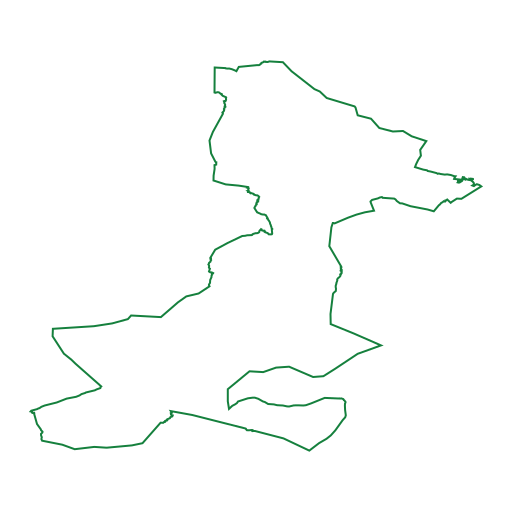 outline of Vågå nor, Oppland, Norway
{"feature_id": "86288312B91782674250169", "entity_name": "Vågå nor", "entity_type": "district", "adm_level": 2, "iso_a3": "NOR", "parent_name": "Norway", "parent_adm1": "Oppland", "projection": "natural_earth1", "projection_center": [9.014, 61.703], "detail": "fine", "context": "isolated", "style": "outline", "palette": "green", "viewbox_px": 512, "rotation_deg": 0, "n_neighbors": 0, "source": "geoboundaries", "source_scale": "gbopen_adm2", "svg_char_len": 6041}
<svg xmlns="http://www.w3.org/2000/svg" viewBox="0 0 512 512"><path d="M282.9,62.2L269.2,61.4L268.7,61.7L267.5,62.0L265.7,61.9L265.5,61.6L263.9,61.6L263.8,62.0L261.6,62.8L261.4,62.9L261.3,63.6L260.2,64.2L260.0,64.6L259.1,65.1L257.3,65.1L238.8,66.9L236.4,71.2L234.9,70.4L231.9,69.2L229.1,68.5L227.8,68.6L225.8,68.4L225.4,68.1L214.7,67.5L214.5,92.5L215.3,92.8L217.5,92.2L218.6,92.3L219.3,92.6L220.4,93.6L221.7,94.0L221.8,94.1L221.5,94.6L222.7,95.8L226.1,97.3L226.2,97.5L225.9,98.8L226.1,99.8L225.5,101.1L224.3,101.0L223.9,101.2L224.4,102.1L224.2,102.9L225.1,104.5L225.1,105.5L224.7,106.1L225.4,106.6L225.4,106.9L224.8,107.2L224.2,108.3L224.3,108.6L224.1,108.8L224.3,109.1L223.9,109.9L224.1,110.6L223.4,111.6L222.4,112.5L222.6,113.1L222.9,113.3L222.9,113.8L212.9,131.9L209.5,140.5L211.1,153.4L215.2,161.4L215.9,162.4L216.3,162.4L216.2,164.6L214.5,165.1L214.6,168.9L213.6,175.6L213.5,180.5L225.7,184.4L238.6,185.6L247.7,187.0L247.3,187.6L248.4,187.7L248.7,188.3L248.2,188.9L248.2,189.4L248.7,190.4L248.6,190.7L247.8,190.9L248.1,191.1L248.0,192.0L249.4,192.1L250.0,192.8L250.1,192.5L250.4,192.6L251.1,193.1L253.2,193.7L253.8,194.1L253.7,194.4L253.9,194.6L256.1,195.3L257.5,195.4L258.4,196.0L259.2,196.9L258.7,197.7L258.7,198.7L258.2,199.2L258.4,199.9L258.0,200.2L257.7,200.2L257.7,199.9L257.3,200.2L257.6,200.7L257.4,201.2L257.8,201.5L258.0,201.4L258.1,201.6L256.7,202.4L256.7,204.0L256.3,203.9L256.3,204.5L255.5,205.7L255.6,205.9L254.5,207.5L254.4,208.0L256.6,211.5L257.0,211.9L257.1,212.3L260.6,213.8L261.1,214.2L262.8,214.5L264.3,214.5L266.1,215.4L266.3,216.1L267.4,217.7L267.1,218.5L268.0,219.0L268.3,220.0L268.8,220.5L269.9,222.4L270.1,223.7L270.9,225.4L270.9,226.0L271.4,226.9L271.5,228.0L272.3,229.0L271.8,229.6L272.2,233.5L271.9,234.2L271.1,234.4L268.7,234.3L267.7,233.1L265.1,232.2L264.4,231.7L264.4,231.4L264.8,231.2L264.5,230.7L262.9,230.7L261.7,230.3L261.6,230.1L261.9,230.0L261.7,229.6L262.1,229.6L261.2,229.2L261.1,229.6L260.2,230.0L259.7,230.6L259.3,231.2L259.2,232.1L258.5,232.7L257.1,233.2L255.6,233.2L253.3,233.9L252.5,234.3L252.3,234.8L251.7,235.1L247.1,235.3L245.1,235.8L242.2,236.0L227.8,242.9L215.2,249.7L210.3,257.9L211.0,258.3L211.0,258.9L210.6,259.4L211.1,260.1L210.6,260.8L210.5,261.6L209.1,262.8L208.9,263.6L208.4,264.5L209.1,265.5L209.1,266.6L208.9,267.3L209.3,268.2L209.9,268.7L209.0,271.5L210.2,272.3L211.7,272.4L213.2,273.1L213.1,273.4L211.9,273.9L211.9,275.1L211.5,275.8L211.5,277.1L210.2,280.0L210.0,282.9L209.0,284.5L208.9,285.1L209.5,286.3L198.6,293.5L186.3,296.4L178.0,302.3L160.9,317.1L131.1,315.5L127.9,319.1L112.2,323.4L93.9,326.2L52.9,328.8L52.6,336.3L63.9,353.7L71.5,359.8L75.5,363.7L101.1,386.3L100.6,386.6L100.6,387.6L100.3,388.1L96.6,389.4L94.9,390.3L85.8,392.5L85.1,393.0L81.5,394.1L79.6,395.4L76.1,396.8L66.7,398.6L56.7,402.5L44.7,405.5L41.4,406.8L39.4,408.2L38.4,408.4L37.2,409.1L31.3,410.7L30.7,411.4L31.8,411.6L31.6,411.8L31.8,412.3L32.3,412.9L33.6,413.1L34.2,412.9L34.3,413.4L34.1,413.7L37.0,424.0L40.8,429.3L41.1,430.3L42.5,431.6L42.4,432.5L41.0,433.9L41.1,435.5L41.8,437.2L41.4,439.1L42.1,440.7L62.3,444.7L74.7,449.2L94.3,446.9L106.6,447.7L131.9,445.4L142.5,443.2L160.6,422.7L163.2,422.8L163.7,422.2L164.9,422.0L165.1,421.8L164.8,421.3L165.1,420.9L167.2,420.4L167.3,420.2L166.9,419.6L167.2,419.3L169.9,418.2L170.4,417.1L172.3,416.4L172.7,415.4L171.4,415.0L171.0,414.6L170.8,413.2L171.7,413.0L171.8,412.7L170.8,411.1L192.3,415.0L245.5,428.5L245.9,428.7L246.1,429.3L246.9,430.2L248.7,430.3L252.0,430.0L252.5,430.1L252.5,430.5L252.1,430.9L252.3,431.1L253.3,430.8L253.5,431.0L255.0,431.0L283.5,438.4L309.3,450.6L319.1,443.1L326.5,438.8L330.8,435.4L335.3,430.4L342.7,420.1L345.2,417.3L345.8,415.3L345.1,410.0L344.9,405.6L345.0,403.6L345.5,402.5L345.5,401.9L344.2,400.2L344.6,400.0L343.8,400.0L343.3,399.1L341.3,398.4L340.0,398.6L339.5,398.4L338.9,398.5L324.7,397.9L311.1,403.4L305.9,405.2L303.4,405.5L297.7,405.3L293.8,405.4L289.1,406.5L287.1,406.4L282.9,405.5L277.1,405.2L273.9,404.4L268.1,404.0L264.8,402.0L263.0,401.5L258.3,398.8L254.9,397.7L252.5,397.7L247.9,398.3L238.0,401.5L236.9,403.1L235.0,404.4L232.3,405.8L229.0,408.9L227.8,401.3L227.8,389.2L249.5,371.3L263.2,372.1L276.1,367.6L289.1,366.7L313.1,377.0L323.4,376.2L335.1,368.8L357.7,353.8L381.0,345.4L353.8,333.5L330.7,324.1L330.5,314.0L333.0,293.9L333.7,292.8L335.8,291.0L336.0,288.8L335.7,287.1L335.7,285.8L336.4,283.6L336.3,283.2L337.3,280.5L337.2,279.4L337.8,278.4L339.3,277.2L340.3,276.0L340.4,275.3L340.7,274.8L340.3,274.3L341.5,273.4L341.7,272.9L341.4,272.3L341.7,271.8L341.3,271.4L341.4,271.0L340.6,270.6L340.8,269.9L341.6,269.7L340.8,268.4L341.3,267.6L341.1,267.4L341.1,267.1L340.8,266.9L341.2,266.5L329.3,246.2L331.4,227.3L332.8,223.0L333.5,223.0L334.6,223.4L348.0,217.7L356.5,214.6L364.9,212.3L374.0,210.7L370.7,202.4L370.5,201.5L372.1,199.9L377.9,198.4L379.8,197.5L381.8,197.1L382.2,197.2L382.6,197.8L394.2,198.6L395.5,199.4L396.8,201.0L400.0,203.3L402.2,203.4L410.5,206.2L427.6,209.5L433.8,211.3L438.9,205.2L439.8,204.6L441.1,203.0L442.6,202.2L443.7,201.2L445.0,201.6L445.6,201.0L445.5,200.4L446.2,200.3L447.2,199.5L450.7,202.8L451.6,202.0L456.9,198.6L461.4,198.8L481.3,186.4L479.4,185.0L476.8,184.2L475.2,185.1L473.9,186.1L472.4,185.5L474.0,184.5L474.1,184.1L473.8,183.5L473.8,183.0L472.7,181.6L470.5,180.0L473.7,179.0L470.5,178.6L470.1,178.7L470.2,178.9L469.5,178.8L469.7,179.4L469.4,180.0L468.1,179.8L466.4,179.1L465.6,179.7L464.7,179.3L465.5,178.6L464.2,178.0L464.3,177.7L464.2,177.3L462.8,177.1L462.2,178.8L463.0,179.2L462.1,180.9L459.6,182.5L458.5,182.6L457.7,182.4L458.1,181.8L458.0,181.1L459.7,180.7L460.0,180.5L459.7,180.4L460.1,180.2L460.7,180.3L461.2,179.7L454.1,178.9L454.5,177.8L455.5,176.3L454.3,176.2L450.8,175.0L447.2,174.4L444.7,174.6L440.6,174.0L438.8,173.5L437.7,173.8L436.6,173.1L430.5,171.5L427.7,171.0L427.0,170.3L423.2,169.6L415.0,167.1L416.1,164.2L418.2,159.9L420.9,155.7L420.2,149.9L426.3,141.1L411.7,136.3L403.0,131.0L392.9,131.5L379.3,128.0L371.0,118.7L357.7,115.3L355.5,107.5L354.6,106.4L326.7,98.0L319.8,91.5L314.4,89.1L291.6,71.3L282.9,62.2Z" fill="none" stroke="#15803d" stroke-width="2"/></svg>